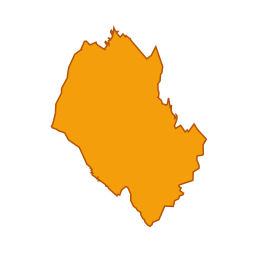 Bascov, Arges, Romania (Equal Earth projection), rotated 80°
{"feature_id": "2599482B67897088940014", "entity_name": "Bascov", "entity_type": "district", "adm_level": 2, "iso_a3": "ROU", "parent_name": "Romania", "parent_adm1": "Arges", "projection": "equal_earth", "projection_center": [24.784, 44.893], "detail": "medium", "context": "isolated", "style": "filled", "palette": "amber", "viewbox_px": 256, "rotation_deg": 80, "n_neighbors": 0, "source": "geoboundaries", "source_scale": "gbopen_adm2", "svg_char_len": 1863}
<svg xmlns="http://www.w3.org/2000/svg" viewBox="0 0 256 256"><g transform="rotate(80 128 128)"><path d="M113.3,203.2L114.8,202.2L116.4,199.1L118.8,196.6L121.8,191.1L129.4,188.7L138.7,179.3L156.7,174.7L160.4,171.5L161.2,172.1L162.5,170.5L163.5,171.7L165.3,170.9L165.7,172.1L166.6,170.6L167.8,171.5L171.8,167.8L171.5,166.6L172.7,167.3L174.0,165.4L174.8,166.3L175.1,164.5L179.5,160.2L181.5,159.8L181.7,158.3L184.2,157.5L192.9,150.7L191.5,149.8L192.6,147.8L188.3,145.3L186.5,142.7L185.2,140.2L186.7,138.5L193.6,136.7L199.8,137.9L206.0,136.1L208.4,133.9L210.9,132.9L213.3,130.1L215.3,130.4L219.4,129.3L221.1,127.8L223.0,127.7L226.8,125.7L229.1,122.8L228.6,123.4L227.4,121.2L225.2,120.0L223.7,113.5L211.3,105.4L213.1,97.0L207.7,94.7L206.5,90.5L203.7,88.8L203.4,85.6L201.9,84.6L198.7,87.8L196.1,86.1L194.2,88.2L192.9,87.2L190.8,73.2L182.7,71.4L179.8,64.9L177.0,64.6L171.4,65.8L168.1,65.0L167.4,63.9L167.7,59.7L167.0,58.4L157.6,57.0L152.7,52.8L141.6,59.8L135.5,62.3L142.2,69.1L140.1,70.0L141.8,72.4L134.5,75.7L136.7,81.3L133.9,81.9L128.3,78.5L124.6,77.7L123.4,78.3L124.8,78.5L126.6,80.0L123.4,80.3L121.5,81.8L118.2,82.5L113.0,81.2L116.1,82.8L105.4,82.9L111.0,84.9L112.2,86.4L109.9,90.0L106.6,90.4L102.9,93.2L102.3,92.4L98.5,91.4L95.6,91.8L89.5,90.9L87.3,88.3L80.5,86.5L79.5,85.1L73.6,83.2L52.7,86.5L60.6,92.5L63.1,97.6L42.2,109.9L40.7,110.2L36.7,114.0L37.8,114.8L34.5,116.6L37.2,119.9L32.5,122.8L31.2,121.1L30.8,123.5L26.9,124.5L32.2,126.2L28.9,127.4L29.3,128.0L30.5,128.4L34.6,127.1L36.9,128.6L36.9,130.0L35.7,132.1L38.1,130.0L38.9,132.3L42.7,132.3L38.9,135.1L39.5,135.7L43.1,134.3L46.3,137.6L47.3,136.6L41.3,143.3L39.6,144.5L38.0,144.6L39.6,151.0L35.3,154.0L35.1,155.8L41.8,160.3L43.3,159.7L42.6,160.5L46.2,167.6L58.4,176.0L68.2,179.2L77.4,186.5L82.0,187.4L91.8,194.8L101.2,197.0L111.1,201.4L113.3,203.2Z" fill="#f59e0b" stroke="#b45309" stroke-width="1.5"/></g></svg>